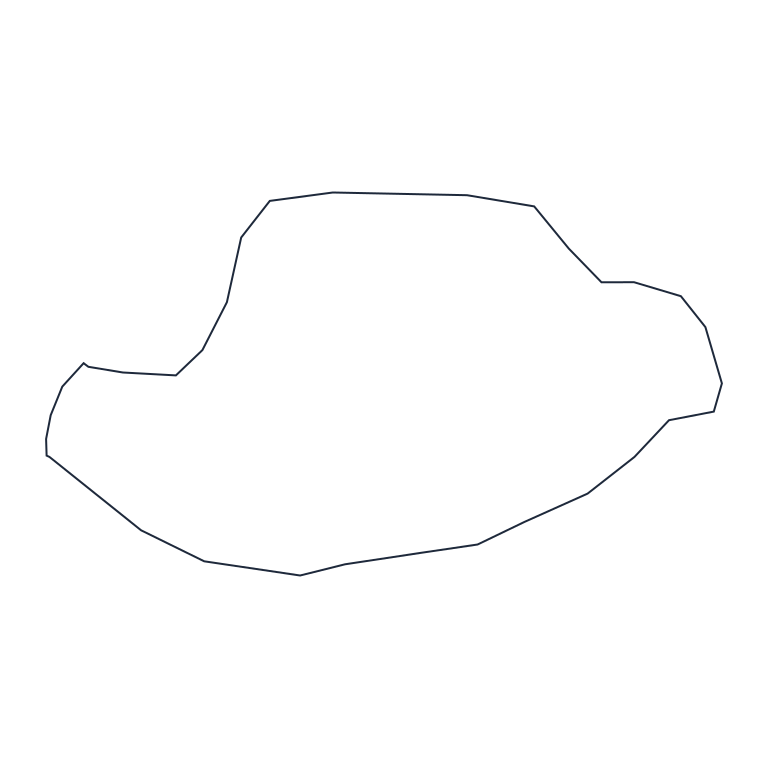 Bosnian Podrinje, orthographic projection
{"feature_id": "BIH-2891", "entity_name": "Bosnian Podrinje", "entity_type": "Canton", "adm_level": 1, "iso_a3": "BIH", "parent_name": "Bosnia and Herzegovina", "parent_adm1": "", "projection": "orthographic", "projection_center": [18.793, 43.673], "detail": "fine", "context": "isolated", "style": "outline", "palette": "slate", "viewbox_px": 768, "rotation_deg": 0, "n_neighbors": 0, "source": "natural_earth", "source_scale": "10m", "svg_char_len": 538}
<svg xmlns="http://www.w3.org/2000/svg" viewBox="0 0 768 768"><path d="M83.6,363.2L88.4,366.8L122.9,372.5L175.9,375.4L202.4,350.1L226.9,302.2L241.2,237.5L269.8,200.9L332.8,192.5L467.0,195.2L534.2,206.4L568.8,248.6L601.5,282.3L634.0,282.2L680.9,296.2L705.4,327.1L721.9,383.4L713.8,411.6L669.0,420.2L634.5,456.9L587.6,493.6L524.5,521.9L477.6,544.5L420.5,552.9L345.0,564.3L300.1,575.5L204.2,561.3L141.1,530.3L49.4,456.9L46.6,455.6L46.1,439.0L50.7,415.2L62.3,386.6L79.6,367.6L83.6,363.2Z" fill="none" stroke="#1e293b" stroke-width="2"/></svg>